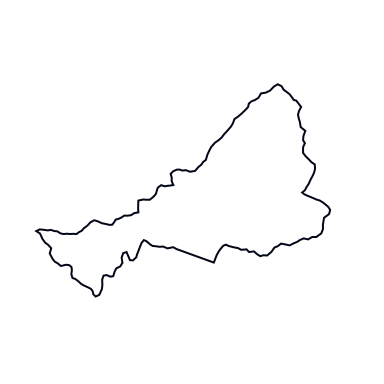 Presidente Alves, São Paulo, Brazil, rotated 197°
{"feature_id": "56859067B62232848878752", "entity_name": "Presidente Alves", "entity_type": "district", "adm_level": 2, "iso_a3": "BRA", "parent_name": "Brazil", "parent_adm1": "São Paulo", "projection": "natural_earth1", "projection_center": [-49.409, -22.123], "detail": "fine", "context": "isolated", "style": "outline", "palette": "ink", "viewbox_px": 384, "rotation_deg": 197, "n_neighbors": 0, "source": "geoboundaries", "source_scale": "gbopen_adm2", "svg_char_len": 2741}
<svg xmlns="http://www.w3.org/2000/svg" viewBox="0 0 384 384"><g transform="rotate(197 192 192)"><path d="M329.5,109.1L325.1,107.8L321.2,103.3L317.4,100.5L314.5,99.6L310.2,97.1L310.1,91.7L305.7,87.2L303.1,85.4L299.3,84.4L295.7,82.9L291.4,85.5L288.3,86.2L285.4,85.1L284.1,82.4L283.3,78.0L281.1,74.8L278.1,74.7L273.9,73.1L271.4,71.8L268.6,71.1L262.9,70.3L260.3,69.8L258.0,68.1L256.3,65.2L253.5,63.9L250.6,66.5L249.8,73.0L250.6,77.1L252.3,82.0L252.1,86.2L249.4,87.6L245.2,87.2L242.7,88.5L242.7,93.1L242.1,96.8L238.9,99.8L237.8,103.8L240.1,108.7L239.9,113.4L237.0,115.4L231.4,108.7L228.5,109.3L226.2,113.3L226.3,116.4L226.0,119.8L225.7,124.6L225.3,128.7L224.0,131.9L221.4,131.7L216.5,129.6L214.0,128.9L210.3,129.6L207.1,130.1L203.6,131.4L199.0,130.9L193.9,133.7L190.1,132.9L150.5,130.9L149.9,139.2L148.9,143.5L147.7,146.8L146.4,149.7L144.3,151.5L140.8,151.1L136.3,151.3L131.4,151.8L128.1,151.1L125.5,152.1L123.1,153.1L119.9,151.3L115.4,153.3L111.4,151.5L107.9,150.6L105.4,152.3L101.5,153.3L98.5,158.1L96.9,163.0L94.2,165.2L91.7,168.7L88.0,169.1L83.0,169.5L79.4,173.0L76.9,175.0L74.8,177.6L71.6,180.3L67.2,180.6L63.9,184.1L59.8,185.4L58.2,187.7L56.3,190.1L55.9,194.7L57.2,198.8L58.2,205.9L54.5,210.9L54.6,215.2L57.3,217.6L61.5,219.4L64.2,220.4L67.3,221.2L70.8,221.2L75.2,221.7L78.0,222.0L80.8,222.2L84.0,222.7L86.5,223.7L84.5,226.8L83.9,230.3L82.8,233.8L82.2,238.6L81.2,243.6L80.9,247.1L81.2,250.5L82.7,254.3L86.4,255.4L89.9,257.4L93.7,259.4L97.2,261.8L98.9,267.4L98.3,271.7L100.9,274.0L101.8,278.0L101.5,283.6L107.0,285.8L109.3,290.4L111.4,293.6L113.2,296.8L113.4,300.6L112.5,305.2L115.6,307.5L119.1,309.9L121.7,309.8L124.1,311.8L127.4,314.1L131.1,315.5L134.2,316.6L137.4,319.4L141.5,320.1L144.5,316.8L147.0,311.8L150.6,308.5L154.8,306.5L156.0,301.5L158.7,298.4L161.7,296.0L163.5,293.1L163.2,289.8L164.9,286.1L167.9,280.8L170.1,277.4L172.7,274.2L173.0,269.4L174.0,265.6L175.6,262.0L178.1,256.8L179.7,252.5L181.7,249.4L184.6,245.6L186.8,240.7L187.6,236.4L188.2,231.9L188.1,226.8L190.1,224.0L191.1,220.8L193.2,217.7L195.2,213.1L199.8,210.8L204.2,211.1L207.5,209.7L210.6,209.8L213.1,208.9L216.1,206.3L217.7,203.1L215.8,200.2L214.5,196.3L211.9,193.2L214.9,191.7L217.4,190.7L219.7,189.5L223.5,189.5L226.0,186.1L226.0,179.4L227.8,175.6L230.2,172.2L233.6,171.2L236.6,170.5L240.8,168.1L238.8,160.8L237.3,156.8L241.0,155.0L243.4,152.1L246.7,150.5L249.8,149.7L252.4,146.6L254.5,144.8L256.9,143.3L257.6,140.4L258.7,137.4L261.4,136.4L265.1,136.2L269.0,135.8L273.4,136.4L277.2,136.4L280.2,133.4L282.3,129.1L284.8,125.8L286.1,122.7L288.2,120.7L290.2,118.0L293.3,117.3L296.2,116.2L299.2,115.6L302.6,114.2L306.1,114.0L309.0,115.0L312.4,114.4L315.8,114.5L318.7,113.1L322.8,112.5L326.7,111.7L329.5,109.1Z" fill="none" stroke="#020617" stroke-width="2"/></g></svg>